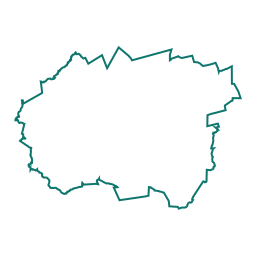 Julimes, Chihuahua, Mexico
{"feature_id": "50627088B60832764268377", "entity_name": "Julimes", "entity_type": "district", "adm_level": 2, "iso_a3": "MEX", "parent_name": "Mexico", "parent_adm1": "Chihuahua", "projection": "orthographic", "projection_center": [-105.121, 28.529], "detail": "fine", "context": "isolated", "style": "outline", "palette": "teal", "viewbox_px": 256, "rotation_deg": 0, "n_neighbors": 0, "source": "geoboundaries", "source_scale": "gbopen_adm2", "svg_char_len": 5597}
<svg xmlns="http://www.w3.org/2000/svg" viewBox="0 0 256 256"><path d="M15.4,119.6L15.4,120.3L18.0,120.3L18.3,121.5L18.9,122.6L19.3,123.0L20.2,122.8L20.9,122.5L22.7,122.9L23.3,123.7L24.4,123.8L21.9,133.8L23.2,134.3L23.2,137.0L24.0,137.2L25.0,138.1L25.2,138.5L24.7,138.7L24.3,138.4L24.1,138.5L23.8,138.2L24.0,138.0L23.2,137.7L23.0,137.9L22.5,138.8L22.2,138.8L22.0,139.1L21.6,139.3L21.6,139.7L21.3,140.0L20.8,140.3L20.3,140.4L20.0,140.9L28.1,146.4L29.3,147.4L29.9,147.6L31.2,147.8L31.3,148.4L30.9,149.1L30.7,150.4L31.0,151.4L30.8,152.1L30.8,153.7L30.3,154.8L30.7,155.3L30.8,155.8L30.7,156.4L31.7,157.8L31.7,158.6L31.9,158.8L32.0,159.0L31.9,159.2L31.9,159.8L32.1,160.0L32.0,161.0L32.1,161.4L31.9,162.9L30.8,162.7L30.6,164.5L30.1,164.3L29.1,164.3L29.1,164.5L28.6,164.8L28.6,165.5L29.0,165.6L28.9,166.1L29.3,166.5L29.3,166.9L30.5,167.1L30.5,169.8L31.1,168.9L32.5,169.6L32.8,169.2L35.7,170.5L37.1,169.3L37.1,169.9L37.2,170.6L37.6,170.7L38.2,171.4L38.9,171.6L39.3,172.6L40.6,172.7L41.9,173.5L42.2,174.1L41.9,174.4L42.0,175.9L42.3,176.5L42.7,176.5L42.9,176.9L43.2,177.0L43.3,177.3L43.7,177.5L45.5,177.5L47.0,177.7L49.4,180.3L49.2,180.8L49.4,182.0L48.7,184.1L48.4,185.2L48.7,185.7L49.5,186.4L50.0,187.0L50.2,187.7L50.7,187.9L53.8,188.0L55.0,187.8L56.1,187.9L57.2,188.9L58.0,189.2L58.4,189.7L59.2,189.8L59.8,190.1L60.9,191.9L61.8,192.8L63.7,193.7L63.9,193.9L64.3,194.0L65.0,193.7L65.6,193.2L65.9,193.2L66.3,193.4L66.4,193.0L66.8,192.8L67.2,192.3L67.2,191.8L67.6,191.6L68.4,191.7L68.7,191.3L68.9,191.3L69.1,191.2L69.2,190.9L69.8,190.7L69.8,190.4L70.1,190.0L70.4,190.0L70.8,189.6L71.5,189.6L72.2,189.3L72.5,189.3L73.2,188.6L73.9,188.6L74.4,188.2L77.0,187.7L79.1,187.0L80.3,187.0L81.0,186.7L82.2,186.5L82.3,186.2L82.1,185.5L82.1,184.0L82.3,182.8L84.0,184.7L85.5,184.5L94.9,183.9L96.3,183.9L98.1,184.2L98.0,183.9L97.6,183.9L97.3,182.4L96.8,181.3L97.3,180.7L97.1,180.2L98.5,179.4L99.0,178.6L99.0,178.9L99.4,179.5L100.2,180.3L101.1,180.6L104.2,182.4L106.7,183.5L108.6,183.3L109.7,183.9L110.0,183.8L112.6,184.4L113.9,185.0L114.9,185.8L116.2,186.1L116.6,186.5L116.9,186.7L117.4,187.2L113.8,187.6L119.5,200.2L145.6,196.4L148.5,195.7L148.9,187.1L150.7,187.3L151.1,187.9L152.5,188.5L153.5,189.2L154.2,189.8L154.5,190.5L155.4,190.5L157.2,190.9L158.6,191.0L159.4,191.5L161.4,191.8L163.0,192.5L163.8,192.5L167.8,199.4L168.3,200.1L168.9,201.6L169.3,206.3L177.8,206.9L178.8,208.6L182.0,207.5L183.1,207.6L184.4,207.5L184.6,207.6L186.1,207.1L187.1,206.2L187.3,205.7L187.3,205.1L188.3,203.1L189.5,202.4L189.9,202.5L190.0,202.4L191.0,202.6L191.8,202.1L192.1,201.1L193.0,200.0L192.5,199.8L192.1,199.1L192.5,198.2L192.8,197.9L192.9,197.3L193.2,197.0L193.2,196.7L203.2,181.4L204.1,181.7L204.9,182.3L205.3,181.9L206.2,181.9L206.5,181.4L206.8,169.8L210.1,170.2L211.2,169.9L211.7,169.5L212.7,169.3L213.4,168.7L213.5,166.9L214.6,166.5L214.6,166.0L214.9,165.3L214.5,164.7L214.3,163.6L213.8,162.7L213.4,162.3L212.9,162.1L212.5,161.5L212.2,158.9L212.8,157.0L212.3,156.8L212.1,155.6L211.5,154.0L211.6,153.2L212.2,151.9L212.8,149.3L213.1,148.8L213.7,148.3L211.2,148.4L211.6,146.6L212.0,145.8L212.0,145.4L212.5,144.8L213.0,142.4L213.3,140.7L213.1,138.0L213.3,137.5L213.3,137.4L213.4,137.0L213.4,136.4L213.7,135.7L213.5,134.6L213.2,134.3L212.9,133.7L213.4,133.2L214.1,133.0L213.9,132.7L214.5,132.7L215.2,132.2L215.5,132.4L216.0,132.2L217.1,131.1L217.4,131.0L217.5,130.7L217.2,129.5L218.0,129.6L217.5,128.9L216.6,128.3L215.8,127.9L215.4,127.5L216.5,127.8L216.8,127.4L217.3,127.2L218.0,126.7L218.9,126.7L217.9,123.6L207.3,126.2L207.5,115.2L211.1,113.9L214.8,113.0L225.6,110.2L224.8,106.1L224.9,105.5L230.7,101.4L232.4,100.6L232.6,100.3L232.4,99.6L232.7,99.0L232.7,98.1L240.6,98.2L238.4,91.6L234.2,83.9L231.9,83.8L231.8,66.3L226.6,69.0L226.1,69.1L225.7,69.0L224.2,69.8L222.3,70.4L221.5,70.9L220.4,70.9L219.2,70.7L218.8,71.9L217.9,68.0L215.6,62.8L212.7,63.8L208.2,65.0L202.9,66.0L202.4,65.4L201.6,64.9L199.9,63.4L197.6,62.3L194.1,62.1L192.2,55.7L181.9,58.0L180.5,57.6L178.5,56.7L178.2,56.2L176.6,57.0L176.0,57.1L171.6,58.7L171.2,58.9L170.7,59.9L169.9,60.3L169.9,54.7L171.5,49.5L132.0,60.3L131.5,59.3L130.2,57.5L129.3,56.7L129.0,56.3L128.9,56.0L118.7,47.4L107.1,68.2L102.0,55.2L88.3,63.7L85.3,57.8L84.1,58.3L83.4,58.5L81.1,56.5L81.0,56.1L80.4,55.1L79.8,54.8L78.9,53.9L78.6,53.8L77.5,54.1L76.4,54.1L75.8,53.1L75.9,52.7L75.6,52.4L74.9,53.3L74.3,54.3L72.8,54.7L72.7,55.2L72.1,55.5L71.6,56.0L71.7,56.5L71.1,56.9L71.3,57.5L71.0,57.9L71.1,59.5L70.7,59.5L70.7,60.2L70.4,60.8L70.0,61.0L69.7,60.6L69.1,61.8L68.7,61.8L68.3,62.1L67.8,62.3L67.7,62.9L67.9,63.3L67.5,63.5L67.3,64.2L67.3,64.6L67.1,64.9L66.9,64.8L66.6,65.3L66.2,65.4L66.2,65.6L65.6,65.8L65.0,66.6L64.4,66.9L64.4,67.1L64.2,67.2L63.1,67.4L62.0,68.0L61.8,68.4L60.8,69.2L60.4,69.8L60.2,69.6L60.0,69.8L59.4,71.3L59.0,71.3L58.4,71.0L58.1,72.5L57.6,73.1L57.8,73.4L57.6,73.6L57.8,73.7L57.8,73.9L57.5,74.0L57.1,74.4L56.6,74.5L56.5,74.8L56.1,74.9L54.7,76.0L54.4,76.4L54.0,76.4L54.0,76.8L53.9,76.9L54.4,77.0L54.4,77.9L54.8,78.0L54.4,78.5L53.6,79.0L52.9,79.0L51.9,79.3L50.8,79.2L50.5,78.7L50.1,78.5L49.2,78.7L47.9,78.9L47.0,79.6L45.7,81.3L44.9,81.6L44.7,81.5L44.1,81.6L43.8,82.3L43.3,82.2L43.1,82.1L42.8,82.4L41.9,82.2L41.7,82.4L41.6,82.2L41.4,82.5L41.2,82.3L41.1,82.6L40.9,82.4L42.2,92.9L23.2,103.7L22.8,100.4L22.0,100.2L21.9,100.3L21.8,100.7L22.3,102.0L22.1,103.6L22.6,104.9L22.5,105.3L22.3,106.6L20.8,108.9L20.5,110.7L19.8,111.4L18.8,111.9L18.4,112.7L18.2,113.9L18.3,114.8L18.6,115.7L19.1,116.2L19.1,116.8L18.9,117.0L18.0,116.8L17.4,116.9L17.3,117.3L17.0,117.8L16.3,117.9L16.1,118.7L16.2,118.8L16.9,118.9L16.9,119.1L16.6,119.0L15.6,119.2L15.4,119.6Z" fill="none" stroke="#0f766e" stroke-width="2"/></svg>